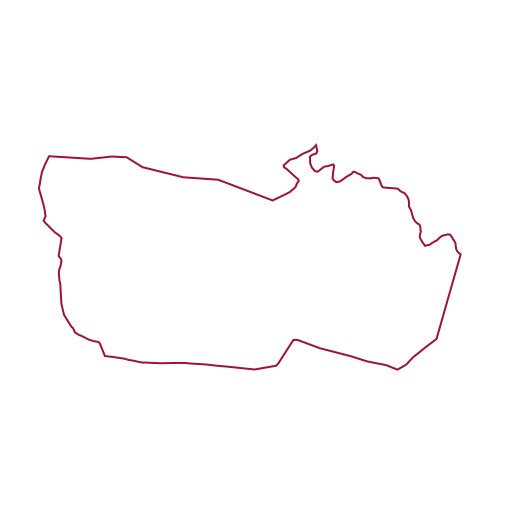 Santa Cruz Tacahua, Oaxaca, Mexico, rotated 348°
{"feature_id": "50627088B55169322722407", "entity_name": "Santa Cruz Tacahua", "entity_type": "district", "adm_level": 2, "iso_a3": "MEX", "parent_name": "Mexico", "parent_adm1": "Oaxaca", "projection": "natural_earth1", "projection_center": [-97.457, 16.92], "detail": "fine", "context": "isolated", "style": "outline", "palette": "rose", "viewbox_px": 512, "rotation_deg": 348, "n_neighbors": 0, "source": "geoboundaries", "source_scale": "gbopen_adm2", "svg_char_len": 2733}
<svg xmlns="http://www.w3.org/2000/svg" viewBox="0 0 512 512"><g transform="rotate(348 256 256)"><path d="M337.8,160.1L334.4,162.4L330.9,164.2L322.8,165.8L316.9,167.9L315.7,168.5L309.1,168.9L306.4,170.5L301.9,173.1L301.9,175.1L304.0,177.1L311.2,187.2L313.2,189.7L313.5,191.3L311.0,193.7L309.4,196.2L307.6,197.7L302.2,200.5L297.6,201.8L283.8,205.1L234.8,173.5L201.3,163.9L163.4,145.5L150.0,132.5L135.4,128.7L114.6,126.6L74.4,115.4L72.4,117.9L71.4,119.2L70.5,120.3L68.5,122.8L67.6,124.2L67.0,125.0L66.6,125.7L65.9,126.7L64.1,129.2L63.0,132.0L61.3,135.8L60.4,138.2L59.6,140.5L58.7,142.3L57.7,144.9L57.9,148.1L58.5,156.3L58.8,162.0L58.8,168.4L58.4,172.2L58.5,173.2L57.2,175.0L57.1,175.3L56.5,176.0L56.0,176.6L55.6,177.4L56.0,178.1L56.5,179.1L56.8,179.8L59.1,183.2L61.3,186.7L63.2,189.5L64.1,191.0L67.5,194.6L68.8,196.6L69.5,198.2L62.9,215.0L64.6,218.2L64.7,220.4L62.5,225.6L60.9,228.0L59.6,231.5L59.0,236.4L58.6,240.1L58.8,242.2L55.7,262.4L56.0,273.8L60.9,287.2L62.0,288.4L63.0,293.1L66.6,296.6L67.5,297.0L69.4,298.4L75.0,303.0L75.8,303.5L79.7,305.6L84.1,307.4L85.1,309.1L87.4,322.4L95.4,325.1L100.3,327.0L103.9,328.3L106.8,329.5L109.8,331.2L114.1,332.8L120.4,335.7L123.7,336.9L123.9,336.8L125.5,337.2L140.1,341.0L143.5,341.7L147.2,342.4L152.1,343.3L159.1,344.7L161.0,345.2L164.1,345.8L170.7,347.9L174.5,348.9L184.5,351.7L195.2,355.3L204.8,358.2L230.9,366.7L233.1,366.8L253.0,367.5L253.5,367.1L255.3,365.9L275.1,345.9L279.1,346.7L299.5,359.6L328.0,373.8L343.0,382.3L360.6,389.8L370.8,396.6L380.3,393.5L387.3,388.6L388.8,387.6L404.0,380.0L415.3,374.7L456.4,297.2L456.3,296.3L455.0,295.4L453.8,293.1L453.3,290.9L453.4,287.5L453.8,284.9L453.1,282.5L452.0,280.0L451.8,278.8L450.5,276.0L450.1,275.3L447.9,274.7L446.3,274.8L444.8,275.0L443.4,274.7L440.7,275.6L439.5,276.2L436.3,278.3L434.2,278.8L431.8,279.6L428.7,280.9L426.6,281.2L425.1,281.0L423.4,281.2L422.3,278.7L421.0,275.2L420.6,274.0L420.1,271.7L420.3,270.6L420.9,269.1L422.3,266.4L422.4,264.2L422.8,261.8L422.7,260.1L422.1,258.9L420.7,257.8L420.0,256.9L418.9,255.1L418.4,254.0L417.6,251.1L417.5,249.2L417.3,245.8L417.0,243.0L416.4,241.1L415.9,239.5L416.7,235.9L417.0,233.6L416.9,232.2L416.5,230.3L415.9,228.5L414.6,225.8L413.8,224.8L412.6,224.3L410.6,222.4L408.7,219.6L396.0,215.8L394.7,215.4L393.8,214.5L393.3,212.3L392.2,205.6L389.0,204.4L386.8,203.9L383.8,203.8L380.1,202.9L376.9,200.8L376.0,198.8L373.0,196.6L369.6,193.9L368.5,193.9L366.6,195.5L361.0,197.3L356.0,199.6L353.1,200.6L350.0,200.5L347.9,198.3L347.0,195.9L348.9,190.0L351.2,184.1L350.7,182.5L345.2,183.0L341.3,182.8L333.7,186.4L331.2,185.1L329.1,181.3L328.3,176.6L329.4,170.2L331.5,168.9L334.0,168.5L336.2,168.3L336.7,167.5L337.8,166.3L337.8,165.1L337.8,160.1Z" fill="none" stroke="#9f1239" stroke-width="2"/></g></svg>